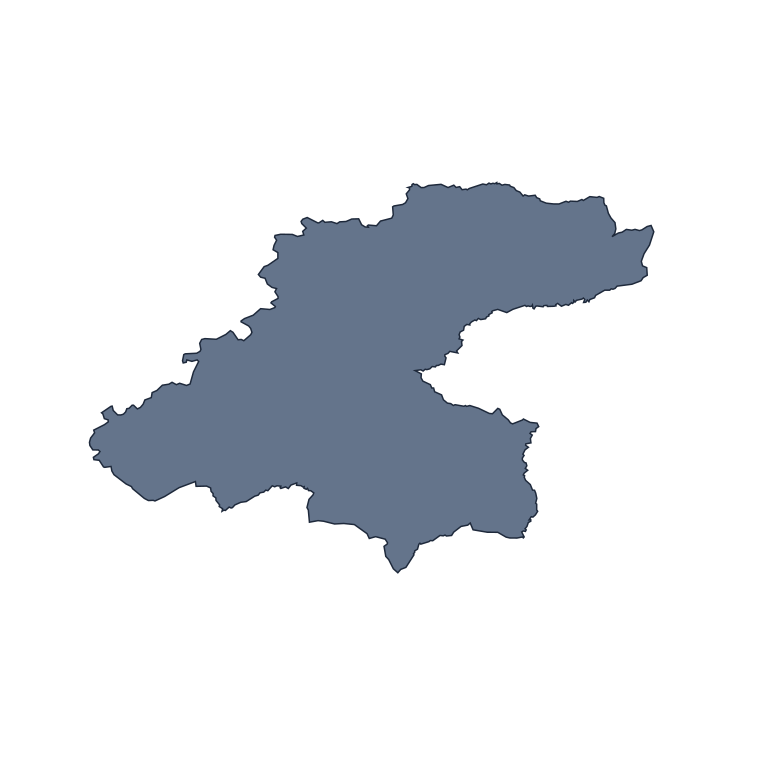 the district of Mamants'o, Mafeteng, Lesotho, rotated 255°
{"feature_id": "5366337B49454872209470", "entity_name": "Mamants'o", "entity_type": "district", "adm_level": 2, "iso_a3": "LSO", "parent_name": "Lesotho", "parent_adm1": "Mafeteng", "projection": "equal_earth", "projection_center": [27.358, -29.661], "detail": "fine", "context": "isolated", "style": "filled", "palette": "slate", "viewbox_px": 768, "rotation_deg": 255, "n_neighbors": 0, "source": "geoboundaries", "source_scale": "gbopen_adm2", "svg_char_len": 6142}
<svg xmlns="http://www.w3.org/2000/svg" viewBox="0 0 768 768"><g transform="rotate(255 384 384)"><path d="M567.6,458.1L566.8,459.4L564.9,458.9L561.9,454.7L556.9,455.1L553.5,451.7L552.6,448.5L553.4,439.7L552.9,438.2L544.9,436.7L542.2,434.4L542.3,422.8L538.8,417.7L541.6,410.0L541.1,408.9L539.5,409.4L540.6,406.4L543.6,403.6L550.1,402.3L551.7,395.6L550.8,389.4L552.1,383.2L551.1,380.1L554.3,375.2L555.5,368.7L557.9,367.2L556.5,362.8L556.8,361.7L564.7,352.9L564.2,348.2L562.5,346.0L560.2,346.1L554.7,349.3L552.5,345.0L548.7,345.1L548.9,338.6L552.2,334.2L555.4,322.9L555.7,317.2L554.1,316.3L550.7,317.5L546.4,313.7L542.4,311.6L538.4,315.5L532.8,314.0L528.7,302.5L528.4,298.6L522.3,291.0L519.1,292.5L516.9,296.5L510.8,297.2L506.3,300.8L504.0,304.9L501.3,302.5L495.8,304.3L494.1,303.8L492.5,296.8L491.6,295.8L487.0,299.1L486.1,298.4L485.5,293.1L488.7,284.3L484.3,275.5L483.3,266.2L481.9,262.3L481.1,262.0L475.1,268.3L472.2,269.6L468.1,269.8L466.1,268.0L462.1,259.8L464.0,257.6L464.5,254.5L473.0,251.5L475.3,249.4L472.8,244.1L470.6,233.6L474.2,222.7L474.2,219.4L471.0,216.5L464.8,216.1L463.2,214.8L462.2,211.0L464.6,199.8L464.2,198.2L458.6,195.4L456.3,195.5L456.2,198.6L458.3,199.8L455.6,204.3L455.6,209.8L453.7,210.8L445.0,203.1L434.2,196.7L433.7,192.9L437.6,186.8L437.1,183.3L440.5,179.7L439.5,176.2L440.2,169.6L436.5,162.9L435.7,157.8L431.1,155.7L430.5,148.9L426.8,146.1L424.4,142.6L423.8,139.3L428.3,136.6L428.7,135.2L426.5,131.5L426.7,129.2L423.9,127.2L422.3,124.5L422.2,121.8L423.1,118.7L428.5,115.6L433.0,115.7L433.1,114.5L429.3,103.7L427.9,104.7L422.9,104.9L420.8,108.2L418.8,107.9L417.1,103.5L414.6,91.7L411.7,91.8L407.7,86.6L403.9,84.4L400.7,84.0L395.7,85.7L394.2,91.0L392.3,92.2L390.5,90.1L388.4,84.3L386.0,84.2L384.0,89.2L376.5,91.6L375.8,92.7L375.0,99.0L370.5,98.6L366.3,99.7L354.2,109.0L350.3,113.5L347.9,114.1L335.5,122.9L332.4,126.3L331.4,130.9L330.3,132.5L332.1,143.0L336.9,159.2L338.6,176.6L333.8,176.0L331.3,186.2L328.5,189.6L325.1,189.2L322.4,190.6L320.2,189.9L317.5,192.1L315.0,191.6L309.8,193.9L308.3,193.1L305.3,195.8L303.0,194.6L303.6,196.6L302.9,198.1L305.2,202.6L303.8,204.2L303.8,205.6L305.8,208.7L306.8,215.1L306.1,220.5L309.1,230.1L309.2,233.7L311.0,236.1L310.7,239.9L312.1,242.3L311.0,244.2L314.6,249.7L313.0,251.8L313.4,254.3L312.0,257.9L310.7,256.8L309.8,257.3L310.1,262.3L307.8,264.5L310.5,268.0L311.0,274.1L308.8,273.3L307.3,277.5L305.4,279.2L305.5,280.3L304.0,279.7L302.4,281.7L303.0,283.1L300.6,283.5L299.9,285.6L297.0,288.0L295.3,286.8L292.0,281.7L284.6,277.6L281.9,278.3L269.8,276.2L269.1,284.9L267.1,290.1L261.6,300.0L259.7,309.0L255.9,319.0L243.8,328.9L238.6,329.8L238.7,336.4L233.8,345.0L229.7,346.3L228.6,345.7L227.2,342.0L217.0,341.1L213.2,343.1L203.1,345.2L198.1,348.5L200.6,352.2L201.2,357.7L211.2,368.7L212.5,368.6L213.3,370.0L214.8,370.4L215.8,373.6L220.2,376.2L220.9,377.5L219.8,378.1L220.1,386.6L220.8,388.2L220.0,390.5L223.2,398.9L222.0,402.0L222.3,403.8L221.0,405.0L220.2,410.1L222.9,413.0L226.5,421.6L226.0,428.4L227.4,431.3L220.1,432.3L214.1,445.4L211.3,455.5L204.5,462.3L202.7,465.7L200.8,472.6L200.4,478.1L199.3,478.7L200.0,479.8L205.4,478.7L206.0,480.6L205.0,482.4L206.3,483.6L207.7,482.8L209.5,485.3L212.8,487.5L213.5,490.3L214.9,490.6L215.2,489.0L217.7,491.9L216.9,493.4L218.4,496.4L221.3,499.5L222.9,498.9L228.4,500.4L229.6,499.6L233.9,502.0L239.3,502.3L242.4,501.9L243.1,500.0L249.0,499.3L254.2,495.9L257.6,495.3L259.0,496.1L260.1,495.0L261.6,496.3L263.5,500.5L265.9,498.6L268.0,500.8L271.0,500.8L271.8,499.4L274.8,498.0L276.7,498.5L278.7,500.8L280.3,500.0L283.9,503.2L285.5,507.1L288.2,504.9L289.5,505.5L289.1,510.7L293.5,511.3L296.3,514.0L298.5,512.2L299.8,513.8L298.8,518.0L301.6,519.3L302.8,522.4L306.6,521.7L309.1,515.2L314.1,509.6L313.4,508.4L312.2,497.9L313.7,496.1L317.3,494.7L323.5,490.3L329.6,489.3L331.0,487.6L327.2,481.1L328.3,478.1L336.1,469.0L341.0,461.3L341.0,458.0L342.1,457.1L341.8,455.5L345.6,447.3L345.3,445.4L347.8,443.4L349.1,440.3L353.4,437.3L358.6,436.8L363.4,430.9L367.3,430.9L367.8,429.1L371.4,428.6L376.7,422.3L380.5,421.4L384.1,422.7L388.9,417.5L388.2,423.3L386.4,425.1L387.6,427.6L386.8,429.1L386.8,432.2L388.4,435.1L387.2,438.1L388.3,439.4L387.9,441.3L388.5,444.1L387.0,447.3L393.2,450.7L395.2,449.9L396.6,450.5L397.0,453.7L398.5,456.0L394.9,463.3L397.2,462.7L401.0,469.3L405.0,469.9L406.0,471.6L408.2,468.2L409.7,469.5L412.2,469.3L414.5,471.0L415.4,474.8L418.9,476.4L420.1,479.4L418.8,482.2L420.0,482.4L421.3,484.5L422.3,488.3L421.3,489.7L422.9,492.1L421.2,494.1L420.7,499.0L422.2,500.4L422.6,503.0L423.9,503.2L424.8,506.9L426.2,506.9L426.6,508.2L426.6,513.2L421.2,521.1L422.8,527.9L423.5,540.5L422.0,541.7L422.2,543.4L421.1,545.1L420.9,546.8L421.9,547.8L418.7,547.5L417.7,548.4L419.8,550.7L419.8,552.0L417.4,557.7L418.3,558.6L418.1,560.3L417.7,561.8L416.6,561.9L415.1,568.3L415.0,570.4L416.2,570.4L416.9,572.6L413.2,575.5L413.8,580.2L412.3,582.6L414.0,586.3L413.1,586.8L413.6,588.3L415.6,588.9L413.8,589.9L415.0,591.6L414.8,597.4L415.4,598.8L413.8,599.8L411.1,597.9L410.7,600.1L412.5,602.1L410.4,603.2L412.3,604.6L412.8,609.7L414.8,611.3L417.5,621.5L416.2,626.3L417.1,628.1L416.3,629.7L416.5,631.9L418.2,634.5L416.2,649.3L417.2,659.0L419.7,661.9L420.9,666.4L428.4,667.9L431.2,664.3L435.9,664.3L442.5,668.9L449.5,676.4L461.2,684.0L468.0,683.0L468.0,678.9L466.1,672.9L466.1,670.4L468.4,666.5L468.4,663.2L470.6,658.1L469.0,653.3L469.2,649.5L467.3,642.4L469.6,645.8L473.8,648.1L480.1,648.9L485.6,646.2L490.8,644.9L498.5,644.9L499.5,643.7L502.2,643.3L506.5,644.3L509.4,640.4L509.1,638.1L511.7,631.3L509.7,624.0L511.0,622.9L510.3,618.0L512.4,611.3L511.8,609.3L513.4,607.1L512.6,599.6L514.0,594.5L516.7,587.5L520.5,582.4L522.5,582.3L524.5,579.7L527.2,578.9L528.1,572.3L530.3,568.9L529.6,567.0L534.2,564.9L536.6,561.8L540.1,560.3L542.3,557.2L543.7,556.8L545.5,552.4L545.5,549.4L547.9,547.3L548.1,544.9L549.4,545.1L548.8,542.9L549.7,541.2L549.6,539.0L550.9,537.4L549.9,534.6L551.6,531.2L550.8,517.0L550.0,514.7L551.0,513.7L551.5,509.7L555.0,508.2L555.2,504.5L558.0,502.9L557.2,496.7L562.1,490.8L564.2,478.4L563.4,473.6L564.1,470.7L568.3,467.4L568.7,465.2L569.9,464.1L569.4,462.7L567.7,462.0L567.6,458.1Z" fill="#64748b" stroke="#1e293b" stroke-width="1.5"/></g></svg>